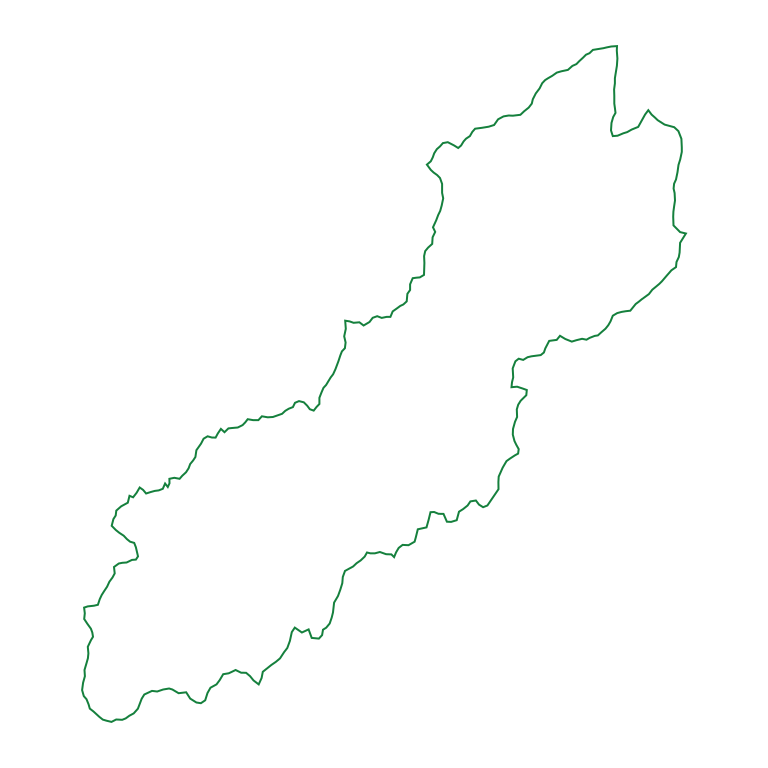 the district of Agudos, São Paulo, Brazil
{"feature_id": "56859067B30413823559578", "entity_name": "Agudos", "entity_type": "district", "adm_level": 2, "iso_a3": "BRA", "parent_name": "Brazil", "parent_adm1": "São Paulo", "projection": "equal_earth", "projection_center": [-49.116, -22.562], "detail": "fine", "context": "isolated", "style": "outline", "palette": "green", "viewbox_px": 768, "rotation_deg": 0, "n_neighbors": 0, "source": "geoboundaries", "source_scale": "gbopen_adm2", "svg_char_len": 5207}
<svg xmlns="http://www.w3.org/2000/svg" viewBox="0 0 768 768"><path d="M308.6,629.4L311.7,637.9L318.9,638.6L322.1,635.1L323.0,629.7L326.2,627.7L329.7,623.5L331.7,617.6L333.0,612.4L334.1,602.6L338.0,596.0L340.3,589.7L342.3,583.2L342.8,577.0L345.0,570.9L353.1,566.5L356.6,563.2L360.7,560.4L364.7,556.6L367.0,552.5L370.3,553.3L375.0,553.3L379.9,552.0L386.1,554.2L391.4,554.4L394.1,557.1L396.1,552.3L398.7,547.9L402.6,544.9L408.5,545.2L414.6,541.7L415.8,537.4L417.8,529.3L426.5,527.4L428.6,519.9L430.5,512.2L434.1,512.0L438.5,513.8L443.5,513.9L446.9,521.7L451.1,521.9L456.7,520.2L459.0,511.7L463.1,509.1L467.6,505.5L470.4,501.4L475.9,500.5L479.0,504.6L483.1,507.2L487.4,505.5L498.5,489.2L498.4,482.0L498.7,476.6L502.7,467.6L506.5,461.1L510.1,458.5L515.0,455.3L518.1,453.6L518.7,449.1L516.3,444.8L514.5,441.1L512.8,434.6L513.0,429.0L515.0,421.8L517.1,417.0L516.8,409.4L518.2,404.7L520.7,400.7L526.3,395.2L526.8,390.0L522.3,388.4L517.1,386.7L511.5,387.2L512.0,382.3L513.2,377.4L512.7,368.4L515.4,361.3L518.7,358.7L523.2,359.9L527.6,357.2L531.5,356.3L540.7,355.1L543.9,352.5L545.3,348.4L549.2,340.9L552.8,340.4L556.7,339.9L560.0,335.8L565.3,339.0L571.8,341.6L576.4,340.2L582.1,338.8L586.5,339.7L589.6,337.9L594.7,335.9L597.9,335.4L601.3,332.3L605.5,328.7L608.3,325.2L610.5,321.4L612.8,315.7L617.2,313.1L621.6,311.9L625.9,311.2L630.3,310.7L633.2,307.1L635.7,304.0L638.8,301.7L641.6,299.4L648.9,294.1L652.3,289.7L655.1,287.4L659.3,283.9L662.0,281.2L666.6,275.8L671.4,270.3L676.0,267.1L676.5,262.0L678.8,257.1L679.6,252.6L680.1,242.8L683.1,238.0L685.9,233.5L680.1,232.1L673.5,225.4L673.2,216.7L673.4,211.7L674.1,206.5L675.0,200.5L674.6,193.0L673.6,188.6L674.1,183.7L676.0,179.5L677.5,172.2L678.5,164.9L680.2,159.5L681.8,151.9L681.8,147.5L681.4,138.8L678.4,131.1L674.2,127.2L664.6,124.6L657.7,120.2L655.0,117.6L651.6,114.6L648.3,110.2L645.1,114.5L638.2,126.9L631.6,129.6L627.2,132.1L623.3,133.3L617.6,135.7L612.8,136.1L611.0,130.4L611.5,122.9L613.2,117.0L615.5,112.9L615.0,108.7L614.3,103.6L614.3,95.8L614.1,89.4L614.9,83.4L614.9,78.2L615.7,73.2L616.9,65.8L617.4,58.5L616.8,50.6L617.0,46.1L611.2,46.5L606.7,47.4L603.4,48.2L598.4,49.0L592.9,49.9L589.5,53.2L586.0,54.7L582.9,57.8L579.3,61.1L576.4,64.1L572.4,65.9L567.9,69.9L561.3,71.3L556.8,72.6L552.1,75.9L548.1,78.2L545.1,80.1L542.2,83.2L539.6,88.4L535.8,93.4L532.8,99.3L531.8,103.6L528.7,107.6L524.2,111.2L520.4,114.8L516.2,115.3L512.8,115.7L508.7,115.5L503.5,116.4L498.1,119.3L494.1,125.0L488.7,126.7L482.0,127.8L475.1,128.7L472.3,131.9L469.9,136.1L466.0,138.7L463.6,141.4L461.1,145.5L458.2,148.0L454.0,145.4L447.8,142.2L442.9,143.1L440.0,146.4L436.8,149.2L434.2,153.3L432.8,157.3L430.8,161.3L426.9,164.6L430.8,169.9L433.6,172.5L437.2,175.1L440.0,178.0L442.1,183.9L442.1,192.9L443.2,198.3L441.7,205.5L440.2,210.9L438.2,215.0L436.2,220.3L433.0,227.3L435.2,231.9L432.6,237.3L432.2,243.9L428.1,247.6L425.2,251.1L424.1,256.1L424.4,263.0L424.0,274.9L419.8,277.4L416.3,277.7L412.7,278.2L410.1,284.3L410.1,290.0L407.4,293.8L406.7,301.4L403.3,304.5L400.3,305.9L397.2,308.2L392.7,311.4L390.4,316.9L386.5,316.9L381.7,317.9L377.2,316.2L372.7,317.8L369.5,322.0L363.6,325.5L359.4,322.3L353.6,322.8L349.6,321.4L345.2,320.7L345.8,328.8L344.2,336.3L345.6,342.5L344.9,348.2L341.9,351.4L340.3,355.5L338.4,361.3L335.4,369.3L333.1,374.3L330.7,377.4L328.5,381.0L326.1,385.0L323.5,387.8L321.5,392.4L319.4,397.8L319.4,404.0L316.6,406.9L313.7,410.6L309.8,409.2L307.2,405.7L303.8,402.3L299.0,401.1L295.0,402.8L292.9,407.1L288.8,408.7L285.3,410.8L282.1,413.8L277.5,415.4L272.9,417.0L267.7,417.3L261.9,416.3L258.4,420.1L252.9,420.1L247.7,419.2L245.3,422.3L242.6,425.1L237.8,427.5L232.1,428.0L228.4,428.4L224.5,432.2L220.9,428.9L217.8,433.5L215.6,437.6L211.8,437.5L207.6,436.3L203.6,438.7L201.0,443.7L196.4,450.2L195.4,457.0L193.1,460.5L190.2,464.0L188.6,468.3L186.0,472.3L182.3,475.7L179.6,478.8L174.3,477.8L169.4,478.8L169.5,483.3L167.8,487.0L165.1,483.5L162.8,488.8L158.7,490.4L154.8,490.9L150.8,492.0L146.1,493.5L143.1,489.9L139.7,487.5L136.6,492.8L133.1,497.3L129.5,495.8L127.8,502.7L121.2,506.3L116.3,510.6L115.7,515.5L113.4,519.1L111.7,525.8L115.8,530.0L119.3,532.8L123.7,535.7L126.9,539.1L130.1,541.7L134.2,542.9L135.9,547.3L138.0,556.4L135.9,559.6L132.0,559.9L126.6,562.5L122.3,562.8L118.8,563.5L114.0,567.0L114.7,573.4L112.5,577.5L109.4,581.7L107.1,586.7L104.1,591.2L101.7,595.0L99.7,599.3L97.9,604.8L94.0,605.7L87.7,606.4L84.1,607.6L84.8,613.3L84.2,619.0L87.3,623.7L90.9,628.7L92.3,632.5L93.0,636.8L91.0,640.1L87.8,646.8L88.4,653.4L87.9,658.3L86.3,663.9L84.5,670.0L84.9,676.2L83.1,682.7L82.1,690.1L83.8,696.1L86.5,699.2L88.6,704.4L89.8,708.6L93.5,711.5L99.4,716.9L102.8,719.6L106.5,720.7L111.5,721.9L116.2,719.5L122.2,719.8L125.7,718.4L129.4,715.7L133.7,713.4L137.9,708.7L141.7,698.7L144.3,694.5L152.0,690.9L157.2,691.5L163.2,689.5L169.1,688.5L172.4,689.5L178.6,693.2L186.2,692.3L190.2,698.6L196.4,702.5L200.9,703.2L205.2,700.3L207.5,693.0L210.5,687.7L216.5,684.4L219.7,680.1L223.2,674.2L228.7,673.3L231.9,671.8L235.6,670.0L241.1,672.7L246.1,672.8L250.1,676.2L253.5,680.4L258.7,684.4L261.6,678.0L262.8,671.8L271.3,665.0L275.8,661.9L280.0,658.4L284.2,652.0L287.3,648.0L289.9,640.9L291.8,632.1L294.8,627.6L301.9,632.5L308.6,629.4Z" fill="none" stroke="#15803d" stroke-width="2"/></svg>